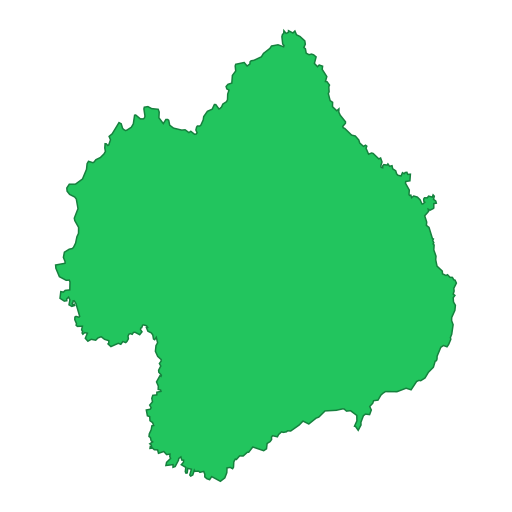 Niquelândia, Goiás, Brazil
{"feature_id": "56859067B74347687332903", "entity_name": "Niquelândia", "entity_type": "district", "adm_level": 2, "iso_a3": "BRA", "parent_name": "Brazil", "parent_adm1": "Goiás", "projection": "equal_earth", "projection_center": [-48.44, -14.478], "detail": "fine", "context": "isolated", "style": "filled", "palette": "green", "viewbox_px": 512, "rotation_deg": 0, "n_neighbors": 0, "source": "geoboundaries", "source_scale": "gbopen_adm2", "svg_char_len": 6001}
<svg xmlns="http://www.w3.org/2000/svg" viewBox="0 0 512 512"><path d="M453.1,324.7L451.6,320.6L451.7,317.5L454.9,310.3L455.4,305.3L453.5,302.0L453.2,297.7L454.9,295.4L453.2,294.1L454.1,291.1L453.8,288.3L456.4,283.1L455.1,280.2L453.8,279.8L452.4,277.4L450.0,277.3L447.5,274.7L446.0,275.5L442.5,273.8L442.3,271.1L437.0,266.1L435.7,259.8L436.0,256.2L433.8,249.9L434.1,245.0L433.1,243.9L433.8,242.7L432.7,240.5L433.4,239.0L432.4,238.5L429.0,227.4L426.4,225.4L426.7,222.1L424.7,215.8L428.6,211.3L428.2,209.2L430.0,210.2L433.0,208.7L433.8,208.0L433.8,203.6L436.3,203.2L435.8,201.1L433.5,199.3L434.3,196.2L433.1,194.9L432.3,197.1L428.6,196.1L427.3,197.8L424.5,197.8L423.7,199.0L423.8,201.2L424.8,202.2L422.8,204.0L421.9,203.9L420.1,199.8L417.4,197.1L413.7,196.0L411.6,197.7L410.8,195.1L409.5,195.4L409.0,194.4L409.3,190.1L405.5,183.3L405.7,181.5L409.9,180.8L410.4,174.2L407.7,174.4L406.9,172.3L405.2,172.5L404.1,173.7L402.5,172.7L401.0,176.0L397.8,175.2L396.6,173.8L395.7,170.8L392.7,168.8L392.0,165.7L389.6,166.3L387.9,163.9L387.1,165.1L383.8,164.6L382.7,165.9L382.7,167.8L381.2,167.4L380.8,166.0L382.0,162.0L380.6,158.0L378.8,158.9L373.2,153.5L371.6,153.0L368.6,154.2L366.0,148.3L366.8,146.2L365.5,145.2L363.5,146.4L359.7,143.0L358.8,140.0L355.3,136.0L351.6,135.1L344.6,128.3L343.3,127.9L342.7,126.5L345.4,123.3L345.5,121.8L340.2,115.2L338.8,112.1L338.9,108.9L336.8,110.8L332.5,106.7L332.6,102.3L330.1,100.6L328.3,93.5L329.1,91.8L328.8,86.8L329.5,85.1L327.0,81.7L325.4,81.5L326.8,76.6L322.2,69.4L322.6,66.2L319.2,65.0L317.5,66.7L314.4,63.4L316.1,56.9L313.6,54.8L311.5,54.1L309.0,54.7L306.2,53.2L305.4,48.8L303.9,47.5L305.3,44.2L304.8,40.9L300.0,36.5L296.5,34.8L294.9,31.0L292.9,33.0L288.5,30.7L288.4,32.4L286.1,33.4L283.9,30.7L283.7,33.4L282.5,34.4L281.9,36.7L282.7,44.0L284.0,45.5L283.6,46.8L278.0,44.8L271.5,46.0L269.9,48.4L263.5,53.4L261.4,56.8L254.0,60.3L251.1,60.8L250.1,61.8L249.9,64.0L247.1,66.0L244.2,62.5L235.7,64.3L235.2,66.0L235.7,71.0L232.4,75.4L231.8,83.1L228.0,84.3L226.1,86.5L226.8,88.9L229.0,90.1L227.7,94.1L227.5,99.7L226.5,101.7L222.8,104.1L221.6,106.9L220.0,108.5L218.9,108.9L215.8,104.6L214.4,104.5L212.2,109.2L207.4,111.3L203.7,116.6L203.2,120.0L200.9,125.1L199.7,126.1L197.4,126.0L196.6,127.1L195.9,130.0L197.1,132.8L196.1,134.1L194.6,134.3L190.8,131.3L188.9,132.6L185.1,129.8L181.7,130.1L173.5,128.1L169.7,125.2L168.7,120.3L167.7,119.5L165.9,119.5L163.3,123.6L158.9,117.8L159.2,112.1L158.2,109.3L151.6,108.6L147.9,106.6L144.3,107.2L143.9,108.9L145.0,116.3L144.4,118.0L143.4,118.9L140.4,118.9L135.7,115.0L134.6,115.2L133.3,123.9L131.3,127.3L127.1,130.0L125.6,130.6L123.8,129.6L122.6,128.4L121.2,123.8L119.0,122.6L112.2,133.8L109.1,136.4L110.5,139.8L108.7,145.0L107.8,145.5L106.2,143.8L105.1,143.7L104.8,148.0L105.4,151.5L104.0,153.9L100.4,157.5L95.9,159.7L93.9,162.2L92.9,162.7L88.5,161.3L87.1,163.7L86.5,169.4L82.5,179.0L75.4,184.2L69.3,184.2L66.8,188.0L67.1,191.2L69.6,194.4L74.7,197.0L76.3,199.0L78.0,208.6L74.3,218.2L74.8,220.6L78.6,227.4L78.5,233.4L76.9,236.8L75.6,243.1L73.6,247.2L72.4,248.5L69.2,249.2L64.4,252.2L63.4,257.4L65.1,261.6L65.0,263.3L55.6,265.0L55.9,268.3L59.4,276.7L66.2,280.3L69.3,280.1L70.0,282.0L69.8,289.9L65.2,290.4L63.4,292.1L60.8,291.6L60.0,298.3L64.3,301.1L66.8,300.7L66.7,298.9L68.6,297.1L69.9,299.8L69.0,304.8L71.8,306.4L74.6,305.5L74.2,304.2L72.6,304.8L72.1,303.3L73.0,302.3L73.1,300.9L74.1,300.7L75.9,303.4L79.7,316.4L78.8,317.2L76.0,316.4L74.9,317.1L74.8,319.7L76.5,323.6L76.1,325.2L77.4,326.4L82.4,326.2L81.6,329.9L82.6,331.2L82.1,333.0L82.9,334.2L84.7,332.6L87.4,333.2L85.3,338.3L87.9,341.2L91.2,339.3L95.7,340.2L98.0,337.9L101.2,336.7L104.5,339.3L108.8,340.7L108.8,343.0L108.0,343.9L110.9,346.6L118.3,343.3L120.8,344.3L122.9,341.5L125.7,342.6L126.9,341.5L128.4,338.8L128.0,336.1L128.9,334.2L130.4,333.6L132.2,334.3L133.4,332.5L134.9,332.2L139.7,334.7L142.0,331.8L140.5,329.7L140.7,328.1L141.7,327.7L142.6,325.2L143.6,324.9L146.5,325.7L147.6,327.3L146.4,327.5L147.9,331.2L151.3,332.9L152.8,335.0L153.5,339.0L154.7,339.7L156.3,337.3L157.6,342.8L156.0,345.6L155.4,351.3L157.7,356.4L161.2,359.6L161.1,361.2L159.4,363.5L160.8,366.0L158.6,370.2L158.8,372.2L161.4,375.2L161.0,376.4L159.9,375.8L156.5,381.9L158.3,386.0L158.2,389.4L160.6,390.0L161.0,391.4L156.9,392.2L156.8,394.9L152.8,395.3L151.8,398.3L152.5,401.8L149.7,405.1L151.1,407.7L150.3,409.2L146.3,410.0L147.4,415.8L149.7,416.6L150.0,420.7L152.6,422.6L153.7,425.5L151.9,425.8L151.2,429.7L149.3,433.8L149.0,436.5L150.4,437.5L151.1,440.6L152.6,441.9L149.8,443.8L151.4,445.1L151.6,446.9L150.3,446.5L150.0,448.4L152.5,448.1L154.3,449.7L157.6,449.9L158.5,453.3L163.8,451.5L166.6,454.6L170.0,454.1L169.8,456.5L170.6,458.4L166.6,462.3L165.9,465.5L173.0,464.6L173.0,467.3L175.2,466.5L178.5,460.2L178.7,458.5L180.9,456.9L181.8,460.1L183.6,460.2L183.5,462.2L181.3,464.7L185.8,467.4L185.3,471.7L186.0,473.2L187.2,472.9L187.8,468.4L191.4,469.2L189.8,475.0L190.7,476.1L192.8,474.9L194.3,470.2L194.9,471.3L198.7,471.2L199.9,472.3L203.7,471.4L204.8,474.2L204.8,476.9L206.8,478.7L209.6,479.7L211.7,476.6L220.4,481.3L224.8,477.9L226.8,472.7L227.0,467.9L230.2,467.4L232.6,468.7L233.5,467.2L233.8,461.8L235.3,459.1L236.4,459.5L239.6,455.9L243.2,456.0L247.3,452.3L248.7,452.2L252.8,447.0L263.7,450.7L266.5,448.8L267.1,443.5L270.1,441.6L271.6,439.5L271.5,437.1L272.6,435.7L277.4,436.8L278.6,434.5L281.6,431.8L283.2,432.4L286.5,431.8L287.5,430.8L290.7,431.0L299.2,425.0L303.0,421.1L308.8,424.0L316.1,418.1L318.8,417.1L325.1,410.9L336.2,410.3L342.5,408.9L344.1,409.0L346.5,411.1L350.5,410.7L356.8,415.4L356.9,420.9L354.5,426.2L355.6,426.6L358.2,430.3L361.0,425.0L360.9,422.4L363.4,415.7L365.5,414.1L369.6,414.6L371.3,410.0L369.7,406.5L372.7,403.3L373.6,400.7L378.0,400.1L380.9,395.1L383.0,393.2L385.4,391.6L397.0,391.7L406.1,388.2L411.1,389.8L416.6,381.5L418.9,380.4L420.7,380.7L425.0,378.0L428.4,372.3L433.4,367.2L435.2,361.1L436.4,360.7L437.0,359.0L437.1,356.2L440.8,347.3L443.5,345.5L447.0,346.8L448.6,344.5L450.8,339.3L450.4,337.5L451.7,334.3L453.1,324.7Z" fill="#22c55e" stroke="#15803d" stroke-width="1.5"/></svg>